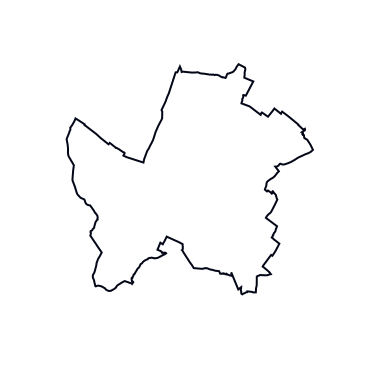 the district of Danesti, Vaslui, Romania, rotated 243°
{"feature_id": "2599482B3410244555477", "entity_name": "Danesti", "entity_type": "district", "adm_level": 2, "iso_a3": "ROU", "parent_name": "Romania", "parent_adm1": "Vaslui", "projection": "equal_earth", "projection_center": [27.662, 46.845], "detail": "fine", "context": "isolated", "style": "outline", "palette": "ink", "viewbox_px": 384, "rotation_deg": 243, "n_neighbors": 0, "source": "geoboundaries", "source_scale": "gbopen_adm2", "svg_char_len": 5974}
<svg xmlns="http://www.w3.org/2000/svg" viewBox="0 0 384 384"><g transform="rotate(243 192 192)"><path d="M303.5,238.3L303.6,237.3L306.3,238.0L309.3,238.2L305.8,233.9L305.3,233.2L306.0,232.0L306.0,231.7L290.4,216.1L287.9,213.0L284.5,209.4L278.8,202.0L277.2,202.0L275.0,200.9L271.2,198.8L270.4,197.9L266.4,192.2L262.3,187.2L262.1,186.9L259.5,184.4L256.1,181.0L253.9,178.1L252.5,176.0L250.2,173.0L248.8,170.6L243.1,164.4L240.3,162.1L252.4,149.9L255.5,147.4L256.1,148.1L256.4,148.7L257.1,149.5L257.7,149.7L257.9,149.6L258.5,148.9L263.6,146.1L265.8,144.6L265.9,144.1L266.8,143.9L273.1,141.0L272.4,139.3L281.6,135.1L287.0,133.1L300.6,126.6L301.0,127.1L307.3,123.5L310.4,121.6L309.4,120.5L308.1,118.8L305.9,115.4L304.7,113.1L304.5,112.7L302.8,112.0L301.7,110.5L300.7,109.6L296.6,104.9L295.8,104.2L291.0,102.8L287.1,101.3L283.2,99.3L281.2,98.5L279.3,98.3L269.5,98.9L265.0,95.8L259.3,92.3L256.9,90.9L255.8,90.7L250.2,90.1L243.4,88.9L241.6,88.9L238.1,89.9L237.2,90.3L234.2,92.7L230.7,92.2L229.0,92.5L227.5,93.5L226.2,95.2L219.8,96.1L217.4,96.2L216.3,96.6L213.8,96.9L212.8,96.6L211.9,96.3L211.0,95.5L210.3,95.4L210.3,94.9L210.2,94.6L209.8,94.0L209.3,92.9L208.8,92.2L205.5,89.2L204.5,88.5L204.0,86.8L203.7,86.3L203.3,85.9L203.2,85.7L203.1,84.9L203.2,84.0L203.1,83.9L202.4,83.4L202.1,83.3L201.7,83.4L201.3,83.3L199.6,82.0L199.3,81.6L191.8,82.5L189.8,82.8L187.5,83.0L179.1,84.1L176.8,80.9L174.9,77.8L174.3,77.2L172.1,74.8L169.8,73.2L165.9,69.7L164.4,68.2L163.2,66.3L162.4,65.6L160.7,64.8L158.4,64.7L157.7,64.6L156.4,64.2L153.1,63.4L151.6,62.9L151.5,62.7L151.6,63.6L151.5,64.5L151.2,65.9L150.7,66.6L149.6,67.8L149.2,68.4L145.9,70.6L145.3,70.8L144.4,70.9L142.9,71.8L141.7,72.8L141.1,74.1L140.8,75.0L140.9,78.6L141.4,81.0L142.1,81.7L142.7,83.3L143.2,89.1L143.2,91.6L142.1,92.6L140.7,94.1L139.8,94.8L139.6,94.9L139.0,95.7L138.2,96.5L137.3,96.8L138.3,98.7L139.0,98.7L139.8,98.0L141.8,98.6L142.7,99.1L142.8,99.3L142.4,99.8L143.5,100.9L144.0,101.8L144.3,102.1L145.0,102.5L145.0,103.4L145.2,104.0L145.7,104.4L146.9,106.5L147.9,107.9L148.5,109.2L148.9,110.7L151.0,113.4L151.1,114.0L151.1,114.9L151.9,116.4L152.0,117.0L152.2,117.4L152.4,119.1L152.4,120.9L152.2,122.0L152.7,123.0L152.6,123.8L151.8,126.3L151.0,127.2L150.5,127.9L149.9,128.4L149.6,129.3L148.9,131.4L148.9,134.6L149.0,137.2L148.9,139.6L149.1,140.5L149.1,141.1L149.3,141.1L149.7,141.0L150.6,139.7L150.9,138.9L151.2,138.5L151.2,137.8L151.8,137.6L152.7,137.8L153.8,137.1L156.2,135.0L161.2,140.8L158.7,142.2L159.3,143.0L160.6,145.1L163.7,149.2L153.2,157.6L150.7,159.4L149.7,160.0L148.9,159.4L147.3,159.0L146.8,158.6L145.5,158.0L145.1,157.6L144.8,156.7L144.3,156.9L141.7,157.0L130.9,158.1L128.2,158.5L127.6,158.7L123.4,159.0L119.2,165.7L118.6,167.0L118.5,168.1L117.7,169.9L117.8,170.0L117.0,171.0L114.6,173.1L113.6,174.6L111.4,176.9L110.7,177.8L110.0,179.1L109.1,180.2L106.3,180.1L106.1,180.8L105.9,181.0L105.8,181.3L105.6,181.6L105.6,181.8L105.2,182.3L105.3,182.4L105.1,182.6L105.2,182.9L105.0,183.0L105.0,183.3L104.8,183.5L104.6,183.5L104.5,183.8L104.2,183.8L103.0,185.2L103.4,185.6L102.2,186.3L100.5,187.8L99.7,188.9L99.1,189.5L99.3,189.6L101.7,190.1L101.7,190.4L84.2,189.0L84.9,192.6L83.7,191.9L83.6,191.5L83.2,191.4L82.7,191.0L82.1,190.8L81.4,190.8L79.8,190.1L79.2,189.9L78.9,189.9L78.5,190.0L78.2,190.2L77.9,190.5L78.1,191.1L78.1,191.9L78.0,192.7L78.0,195.2L77.7,195.7L77.9,196.1L78.3,196.3L75.6,200.3L74.9,200.7L73.6,203.3L77.2,205.4L79.5,207.3L87.3,211.4L87.3,212.6L87.1,213.7L87.2,214.8L84.9,218.8L83.9,220.8L83.6,221.5L83.3,224.1L83.0,224.9L84.8,224.7L86.9,224.0L91.9,221.9L93.4,221.1L94.1,222.0L100.0,233.9L98.7,234.6L99.0,235.3L101.5,239.6L106.3,246.4L110.4,244.5L112.7,243.4L114.0,243.0L115.2,242.4L115.5,242.9L115.6,243.4L115.8,243.7L116.8,244.4L116.8,244.9L117.1,245.1L117.3,245.3L117.6,245.6L117.7,245.9L118.3,246.5L118.3,246.8L118.6,247.3L118.8,247.9L119.3,248.6L119.5,248.7L121.0,250.1L121.7,251.0L122.7,251.8L122.9,252.2L135.4,246.1L136.1,247.1L137.1,249.0L137.2,249.7L137.5,250.5L137.9,252.3L138.3,253.4L142.2,258.9L146.5,264.6L148.2,264.6L149.0,264.9L150.1,265.0L151.1,265.4L153.5,264.8L156.0,264.3L155.9,263.8L155.8,263.7L154.5,264.0L154.4,262.9L154.3,262.3L154.5,262.2L155.7,262.0L158.8,260.4L158.9,260.2L158.5,259.1L161.0,258.0L161.6,258.5L163.7,260.9L165.9,262.4L166.7,263.1L167.1,264.0L167.5,265.8L167.9,268.4L167.9,270.1L168.1,271.2L168.4,272.5L169.7,275.5L170.1,276.0L170.7,277.9L171.0,278.8L176.8,277.7L176.3,278.8L176.2,279.7L176.2,280.3L176.3,281.1L177.1,282.7L177.2,283.1L177.1,283.6L176.9,283.8L176.4,284.1L175.7,284.8L175.0,285.9L174.7,286.6L174.5,287.7L174.0,291.0L174.0,291.7L173.8,293.6L174.0,298.0L174.4,301.7L174.4,304.1L174.2,307.6L174.2,309.7L173.8,313.1L173.8,314.7L173.8,315.7L174.6,318.9L180.2,319.0L185.5,318.5L186.5,318.3L187.0,318.0L187.4,317.5L188.4,317.1L188.8,316.7L189.3,316.6L190.5,317.0L191.2,317.4L192.0,317.5L192.2,317.4L192.2,317.2L192.4,316.7L193.4,316.6L193.5,317.4L193.6,317.5L193.8,317.5L194.4,317.6L195.3,317.0L195.3,317.3L195.6,317.9L195.5,318.9L195.6,319.0L195.7,319.5L195.9,319.7L195.8,320.1L196.0,320.3L195.8,320.5L196.3,321.1L197.1,321.3L197.1,320.6L197.3,319.4L203.5,317.1L203.8,317.4L215.7,312.2L222.7,308.8L222.0,307.6L221.3,306.8L229.0,303.3L227.4,300.2L224.6,293.9L231.1,290.4L230.7,289.4L229.6,288.2L242.1,282.2L248.5,276.3L249.6,277.2L249.8,277.5L250.4,278.2L251.4,278.8L252.0,278.9L252.2,279.2L252.3,279.5L252.7,280.1L253.5,280.9L255.0,281.5L255.0,282.0L253.4,283.7L262.7,296.8L270.1,290.5L270.7,290.8L272.1,291.9L273.9,292.8L274.8,293.3L276.8,295.0L277.5,295.4L278.8,295.7L284.7,291.5L283.3,288.7L281.6,286.3L280.5,283.6L280.4,282.3L280.8,279.8L280.9,278.4L281.3,277.5L281.1,276.9L280.7,276.3L279.3,275.0L278.4,273.7L280.2,271.7L280.4,271.5L280.3,271.2L280.9,270.6L281.6,270.1L283.7,268.9L284.3,268.2L285.0,267.5L285.8,266.2L285.9,265.2L286.3,264.8L287.0,264.3L287.2,263.9L287.3,263.2L287.6,262.8L288.9,260.6L291.7,256.8L292.5,255.5L292.9,254.9L294.0,253.2L296.1,251.5L296.6,250.0L298.4,246.2L303.5,238.3Z" fill="none" stroke="#020617" stroke-width="2"/></g></svg>